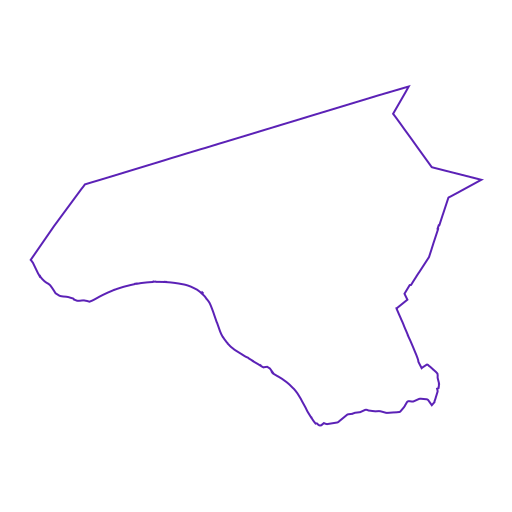 the district of Nederweert, Limburg, Netherlands
{"feature_id": "6326949B42914806885900", "entity_name": "Nederweert", "entity_type": "district", "adm_level": 2, "iso_a3": "NLD", "parent_name": "Netherlands", "parent_adm1": "Limburg", "projection": "orthographic", "projection_center": [5.78, 51.292], "detail": "fine", "context": "isolated", "style": "outline", "palette": "violet", "viewbox_px": 512, "rotation_deg": 0, "n_neighbors": 0, "source": "geoboundaries", "source_scale": "gbopen_adm2", "svg_char_len": 5684}
<svg xmlns="http://www.w3.org/2000/svg" viewBox="0 0 512 512"><path d="M316.3,114.2L223.4,142.4L219.3,143.6L205.1,148.0L201.1,149.1L185.5,153.8L177.8,156.2L171.7,158.0L166.3,159.7L146.0,165.9L99.6,180.0L91.8,182.3L84.9,184.4L83.4,186.5L81.4,189.0L54.1,226.0L30.7,259.9L31.4,260.7L32.2,261.8L33.0,262.9L33.6,264.2L38.0,273.3L38.7,274.5L39.4,275.7L39.8,276.5L40.1,276.2L40.2,276.4L40.3,276.7L41.2,277.8L42.1,278.9L43.1,279.9L44.1,280.9L45.2,281.8L46.3,282.6L47.5,283.3L48.3,283.7L48.3,283.8L48.6,284.0L49.8,284.9L50.5,285.7L52.1,287.9L52.9,289.1L54.4,291.4L55.1,292.6L55.6,293.3L59.4,295.7L60.6,296.1L61.9,296.3L63.2,296.5L66.0,296.7L67.4,296.9L68.8,297.2L70.3,297.7L71.7,298.1L73.1,298.5L73.5,298.8L73.8,299.1L73.9,299.3L73.9,299.5L74.9,299.9L76.0,300.3L76.6,300.6L77.6,300.8L78.9,300.8L80.3,300.7L81.7,300.5L83.1,300.4L83.9,300.4L84.6,300.5L86.4,300.9L86.8,300.9L89.5,301.7L90.7,301.2L92.0,300.7L93.2,300.1L94.4,299.5L98.0,297.5L99.2,296.8L102.9,294.9L104.8,294.0L108.0,292.5L109.2,292.0L112.5,290.6L114.2,289.8L114.3,289.9L117.0,288.9L121.0,287.6L123.6,286.8L126.3,286.1L128.0,285.7L130.3,285.1L134.8,284.1L134.9,283.8L136.8,283.5L136.9,283.8L139.2,283.4L140.8,283.1L143.3,282.8L147.0,282.4L149.5,282.2L152.8,282.0L153.3,281.5L153.7,281.7L155.7,281.6L156.1,281.9L157.8,281.9L160.5,281.9L164.3,282.0L164.4,281.8L166.1,281.9L166.1,282.1L170.3,282.4L174.5,282.9L178.6,283.5L181.3,284.0L184.1,284.5L185.4,284.8L186.8,285.2L188.1,285.6L189.4,286.1L190.8,286.6L192.0,287.2L193.3,287.8L197.1,289.7L198.3,290.6L199.4,291.4L200.5,292.3L201.4,293.2L202.1,292.6L202.2,292.4L202.8,293.0L202.2,293.9L204.3,295.9L205.4,297.2L205.7,297.7L206.3,298.5L206.4,298.8L206.7,299.0L208.3,301.0L209.1,302.2L209.5,302.8L210.7,305.4L212.0,308.7L213.4,312.5L214.3,315.2L215.2,317.8L215.9,319.8L216.5,321.6L216.7,322.1L217.1,322.9L219.8,330.6L220.2,331.7L220.6,332.6L221.1,333.8L221.6,334.8L222.9,337.2L223.1,337.2L224.3,339.1L225.3,340.4L226.8,342.4L227.6,343.2L227.7,343.6L229.4,345.3L229.9,345.9L231.2,347.1L233.0,348.5L234.2,349.5L235.4,350.3L237.8,351.8L244.8,356.2L245.9,356.8L248.2,357.8L248.9,358.5L252.9,360.9L252.8,361.1L258.0,364.1L260.7,365.8L260.8,365.6L261.2,366.1L261.5,366.3L262.0,366.6L262.3,366.8L263.6,367.4L264.1,367.2L267.2,366.8L269.9,368.5L272.7,372.4L272.3,372.5L272.2,372.5L272.6,373.1L273.1,373.5L273.4,373.7L276.4,375.5L277.7,376.3L277.9,376.3L282.0,378.8L284.6,380.7L285.6,381.4L287.3,382.7L289.5,384.6L290.6,385.7L291.4,386.5L292.8,387.9L293.9,388.9L295.5,390.8L297.4,393.3L299.2,396.2L300.9,399.0L301.7,400.6L302.4,401.9L304.4,405.5L304.6,405.9L305.5,407.5L307.2,411.0L308.0,412.4L308.5,413.2L311.1,417.4L311.3,417.7L311.5,417.6L312.2,419.0L313.2,420.5L314.0,421.6L315.2,423.1L315.6,423.6L316.1,423.4L316.6,423.4L317.0,423.5L317.3,423.7L318.1,424.6L318.4,424.8L318.8,425.1L319.2,425.3L319.6,425.4L320.1,425.5L320.5,425.4L321.0,425.3L321.5,425.0L322.5,424.2L322.5,424.3L323.9,423.1L325.3,423.7L325.7,423.8L326.3,424.0L327.0,424.1L327.3,424.1L328.4,423.9L337.2,422.5L337.5,422.4L338.2,422.1L339.6,420.9L346.8,415.0L347.0,414.8L347.5,414.5L348.2,414.3L349.8,414.1L352.5,413.8L352.6,413.6L353.0,413.5L353.2,413.4L353.7,413.2L354.2,413.1L354.8,412.8L359.8,412.2L360.1,412.2L361.4,411.6L365.1,409.9L365.6,409.8L366.2,409.8L366.7,409.8L368.6,410.5L369.0,410.6L369.5,410.6L370.2,410.7L372.3,411.0L375.2,411.3L375.9,411.3L379.0,411.1L379.6,411.2L380.1,411.2L381.7,411.6L386.0,412.8L386.5,412.9L387.0,412.9L387.4,412.9L393.9,412.4L394.5,412.4L396.5,412.3L398.3,412.1L399.2,412.0L399.4,412.0L399.7,411.9L400.1,411.7L400.3,411.5L400.5,411.3L401.2,410.5L404.0,407.2L404.3,406.7L404.8,406.0L405.1,405.3L405.3,405.0L406.2,403.5L406.8,402.4L407.1,402.0L407.3,401.8L407.4,401.7L407.7,401.5L408.1,401.3L408.4,401.2L408.8,401.2L409.5,401.2L411.6,401.5L412.2,401.5L412.9,401.5L413.2,401.5L413.7,401.3L414.0,401.2L418.0,399.4L418.9,399.0L419.4,398.8L419.6,398.8L420.0,398.8L420.5,398.7L425.7,399.2L426.8,399.3L427.1,399.4L427.3,399.5L427.7,399.7L428.1,400.0L428.4,400.4L428.9,401.1L431.8,405.2L434.5,402.1L434.5,401.7L434.5,401.3L434.6,401.1L434.7,400.7L435.1,399.7L435.7,397.8L435.8,397.5L435.8,397.3L436.5,395.2L436.6,394.8L437.1,393.2L437.5,391.9L437.6,391.6L437.6,391.1L437.6,390.8L437.3,389.5L437.1,388.7L438.5,388.2L438.7,387.4L438.6,386.9L438.7,386.7L438.8,386.4L438.9,386.1L438.9,385.4L438.9,384.6L438.9,383.5L439.0,383.5L438.9,382.9L437.9,379.0L437.9,378.8L437.7,378.2L437.6,377.2L437.7,375.7L437.6,374.8L437.5,373.8L437.2,373.3L436.8,372.9L436.1,372.1L435.8,371.8L434.2,370.4L433.9,370.1L433.1,369.5L433.1,369.4L430.0,366.6L429.2,366.1L428.1,365.0L427.7,364.8L427.6,364.7L427.3,364.6L427.1,364.6L426.8,364.6L426.5,364.8L422.1,367.7L422.0,367.8L421.9,367.7L421.9,367.8L421.6,368.1L420.8,366.5L419.7,364.4L418.5,362.0L418.4,361.7L418.3,361.2L418.2,360.3L418.0,359.6L417.4,357.8L417.2,357.3L416.5,355.4L414.5,350.6L412.9,346.7L410.2,340.4L408.5,336.8L408.5,336.7L407.9,335.5L408.0,335.4L406.3,331.3L405.1,328.6L404.1,326.2L403.5,324.6L402.5,322.2L401.9,320.9L401.0,318.9L400.9,318.6L398.5,313.2L398.4,312.9L396.6,308.8L396.8,308.6L396.6,308.2L396.9,308.1L397.2,307.9L407.4,299.7L404.7,294.2L404.5,293.7L409.7,285.1L411.1,284.9L413.1,281.6L416.3,276.6L416.5,276.3L416.5,276.2L418.8,272.7L419.0,272.5L429.0,257.1L429.1,256.8L431.6,249.1L431.7,248.7L432.5,246.2L433.6,242.7L434.5,240.0L438.0,229.4L438.1,228.7L437.6,228.6L438.7,225.3L439.2,225.4L439.4,225.1L442.8,214.6L443.0,214.1L448.4,197.7L448.7,197.4L450.4,196.6L465.9,188.2L481.3,179.8L445.4,170.7L439.2,169.1L434.8,168.0L434.4,167.9L431.8,167.2L431.7,167.1L417.4,147.3L411.7,139.3L404.7,129.7L404.4,129.3L401.0,124.5L395.4,116.8L393.1,113.8L405.6,92.1L408.7,86.5L377.6,95.6L316.3,114.2Z" fill="none" stroke="#5b21b6" stroke-width="2"/></svg>